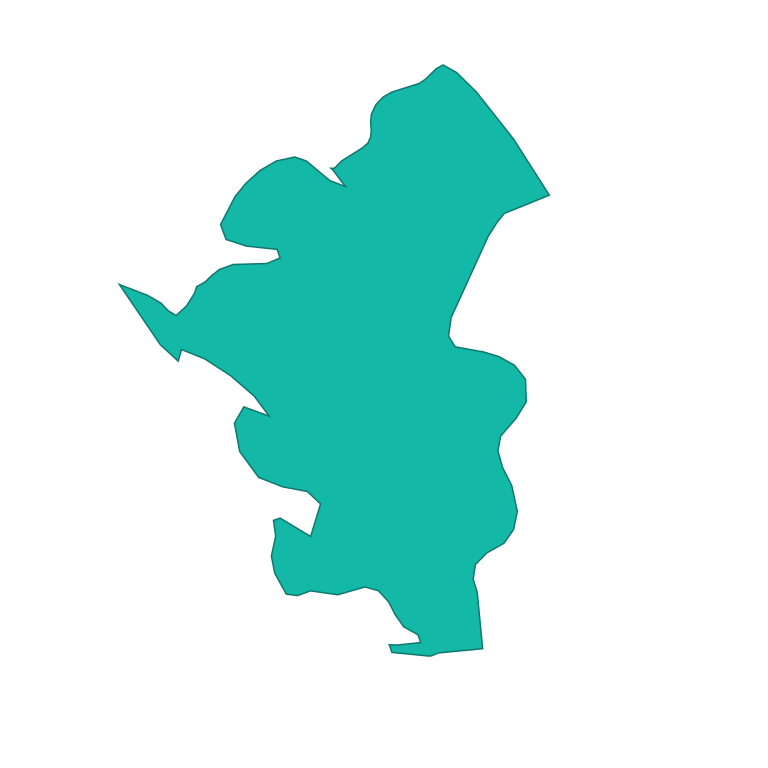 the Province of Hải Phòng, rotated 161°
{"feature_id": "VNM-4600", "entity_name": "Hải Phòng", "entity_type": "Province", "adm_level": 1, "iso_a3": "VNM", "parent_name": "Vietnam", "parent_adm1": "", "projection": "natural_earth1", "projection_center": [106.633, 20.813], "detail": "fine", "context": "isolated", "style": "filled", "palette": "teal", "viewbox_px": 768, "rotation_deg": 161, "n_neighbors": 0, "source": "natural_earth", "source_scale": "10m", "svg_char_len": 1479}
<svg xmlns="http://www.w3.org/2000/svg" viewBox="0 0 768 768"><g transform="rotate(161 384 384)"><path d="M427.9,111.5L430.0,112.1L463.9,127.6L463.9,135.8L456.5,132.9L433.5,127.6L433.5,135.8L444.4,148.0L448.5,162.1L450.6,176.6L456.5,190.3L468.1,198.3L496.4,199.8L520.8,212.3L534.7,212.1L544.8,217.1L548.9,240.7L546.5,257.9L536.0,275.4L532.9,291.0L525.9,291.0L503.0,263.7L483.0,291.3L491.5,307.3L513.2,319.7L532.9,336.4L542.4,367.1L538.2,395.6L524.0,408.0L503.0,390.9L510.6,414.6L526.2,441.6L545.4,466.2L564.3,482.5L571.1,472.6L582.6,493.7L601.8,564.2L578.5,544.6L568.4,532.8L564.3,523.7L558.3,516.4L545.4,522.0L533.4,531.7L529.5,537.0L519.7,538.8L511.8,542.6L502.1,545.9L487.7,546.1L455.7,536.1L441.2,537.0L441.2,546.1L469.1,559.1L486.3,572.1L486.6,588.0L464.0,609.6L449.1,618.8L431.6,626.3L413.1,629.9L394.5,627.7L384.8,620.1L369.0,594.0L356.2,583.2L362.8,603.3L363.9,605.2L360.8,604.1L351.2,608.8L327.9,614.2L320.9,616.9L316.2,622.0L313.5,627.8L311.5,635.6L308.1,643.2L300.8,650.7L291.2,655.7L281.4,657.5L253.1,656.7L245.8,658.6L231.7,665.2L224.2,666.4L214.0,654.9L201.5,629.8L181.7,573.2L166.2,508.7L214.8,506.1L224.6,499.9L237.2,489.9L298.9,424.9L307.4,408.2L304.6,396.0L279.3,381.8L266.2,372.3L254.6,359.3L248.7,342.4L255.2,320.9L270.4,308.5L290.6,296.8L298.0,283.9L299.1,266.5L296.3,246.6L299.4,220.2L308.8,204.3L322.4,194.4L341.8,190.8L356.3,183.6L363.2,170.6L363.7,156.6L376.9,101.6L420.1,112.0L427.9,111.5Z" fill="#14b8a6" stroke="#0f766e" stroke-width="1.5"/></g></svg>